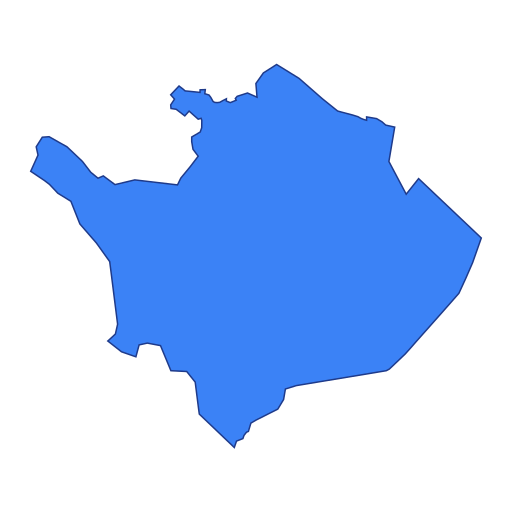 Mubi South, Adamawa, Nigeria
{"feature_id": "59680162B11164722545286", "entity_name": "Mubi South", "entity_type": "district", "adm_level": 2, "iso_a3": "NGA", "parent_name": "Nigeria", "parent_adm1": "Adamawa", "projection": "equal_earth", "projection_center": [13.272, 10.176], "detail": "fine", "context": "isolated", "style": "filled", "palette": "blue", "viewbox_px": 512, "rotation_deg": 0, "n_neighbors": 0, "source": "geoboundaries", "source_scale": "gbopen_adm2", "svg_char_len": 1594}
<svg xmlns="http://www.w3.org/2000/svg" viewBox="0 0 512 512"><path d="M234.3,447.5L236.5,441.1L242.9,438.6L244.0,435.4L246.5,432.2L248.4,431.4L250.9,423.1L256.2,420.0L277.8,409.1L283.6,399.5L285.4,389.0L296.3,385.6L319.2,381.8L386.3,370.7L389.3,369.1L405.2,354.0L411.9,346.5L416.0,341.8L442.9,311.5L458.9,293.3L465.8,278.3L472.6,262.7L481.3,238.0L418.6,178.6L406.2,194.2L388.9,161.5L394.7,127.1L385.8,125.1L385.7,125.1L382.0,121.8L376.6,118.6L366.6,116.9L366.6,120.3L363.5,119.4L360.8,118.3L358.0,116.7L352.6,115.0L341.9,112.2L337.6,111.0L322.3,98.7L299.1,78.4L276.6,64.5L263.4,72.9L255.9,83.5L257.0,97.2L247.5,93.0L237.2,96.3L235.3,98.5L236.2,100.2L233.8,101.2L230.3,102.6L229.4,102.3L226.3,101.0L226.3,100.0L226.4,98.8L222.8,100.6L219.8,102.3L217.2,102.6L214.7,102.4L213.1,101.5L210.8,97.4L209.0,95.0L204.8,93.7L205.3,89.6L200.1,89.8L200.0,92.4L191.4,91.5L185.1,90.9L183.3,89.3L179.0,86.0L170.7,94.8L174.5,99.1L170.7,104.9L171.0,108.5L176.2,109.3L184.8,115.9L189.1,111.1L198.2,119.2L201.1,118.3L201.8,120.4L201.7,127.8L200.2,132.0L191.7,137.0L191.7,141.6L193.0,149.3L198.2,156.2L190.2,166.7L180.8,178.1L177.5,184.9L134.8,179.9L115.0,184.6L103.3,175.9L98.0,178.2L90.8,172.3L82.4,161.4L67.0,146.8L59.5,142.6L49.1,136.7L42.3,137.2L36.2,146.8L38.0,155.1L30.7,171.3L44.4,180.5L49.5,184.4L57.8,193.2L70.9,201.3L79.9,224.0L96.4,243.0L109.7,261.6L111.6,276.5L117.6,324.2L115.4,334.0L112.1,337.1L107.8,341.0L121.5,351.8L135.9,356.8L139.1,344.9L147.3,343.1L160.5,345.6L170.9,370.7L186.7,371.5L195.2,382.1L198.6,409.0L199.3,414.1L234.3,447.5Z" fill="#3b82f6" stroke="#1e3a8a" stroke-width="1.5"/></svg>